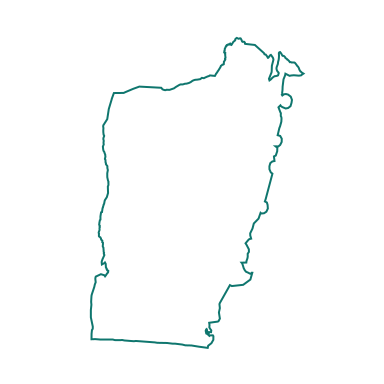 the district of Ada West, Greater Accra, Ghana, rotated 7°
{"feature_id": "2480657B39710750100206", "entity_name": "Ada West", "entity_type": "district", "adm_level": 2, "iso_a3": "GHA", "parent_name": "Ghana", "parent_adm1": "Greater Accra", "projection": "equal_earth", "projection_center": [0.418, 5.893], "detail": "fine", "context": "isolated", "style": "outline", "palette": "teal", "viewbox_px": 384, "rotation_deg": 7, "n_neighbors": 0, "source": "geoboundaries", "source_scale": "gbopen_adm2", "svg_char_len": 5901}
<svg xmlns="http://www.w3.org/2000/svg" viewBox="0 0 384 384"><g transform="rotate(7 192 192)"><path d="M288.2,60.9L286.1,59.9L285.5,59.3L284.9,59.1L283.6,57.4L283.1,56.2L282.0,54.7L280.7,53.7L280.4,53.2L278.6,51.4L277.9,51.0L274.9,51.3L274.2,51.0L273.3,51.2L272.3,50.1L270.8,49.0L270.3,48.9L270.1,48.5L269.6,48.2L268.5,47.7L268.1,47.0L267.7,46.6L266.8,45.9L266.0,45.7L265.3,45.8L264.6,45.0L263.7,43.7L263.0,43.0L262.4,42.4L262.0,42.5L261.6,42.8L261.3,43.4L261.4,44.4L261.7,45.8L261.9,48.3L261.9,50.2L261.6,52.4L261.6,54.5L260.8,57.8L260.8,59.1L261.0,59.9L261.6,61.2L262.3,62.0L263.1,62.7L263.6,63.4L263.2,65.7L262.7,66.1L260.9,66.8L260.1,66.9L259.0,67.7L257.8,68.9L256.6,70.6L255.3,71.8L254.6,70.3L255.9,65.3L256.2,64.3L256.4,63.2L256.3,61.4L255.9,57.0L256.7,50.8L256.4,49.8L255.9,48.8L254.2,46.9L253.6,46.3L253.1,46.6L252.6,47.2L252.0,48.4L251.3,49.5L251.0,49.6L250.7,49.3L250.2,48.4L248.4,46.6L247.2,46.5L246.9,46.1L246.6,45.5L246.4,45.3L236.5,38.4L226.9,38.5L226.5,38.4L226.4,38.1L226.3,37.3L226.1,37.1L225.6,36.6L225.2,36.5L223.9,36.8L223.4,36.5L222.7,35.2L221.8,33.9L221.5,33.6L220.9,33.6L220.6,33.8L219.7,34.2L219.4,34.2L217.7,33.6L216.6,34.6L216.3,35.3L216.4,36.0L216.2,36.4L214.7,38.0L213.3,41.1L213.1,41.3L212.8,41.2L212.6,41.1L212.2,40.3L211.8,40.0L210.7,41.3L210.0,41.0L209.2,41.8L208.6,41.9L208.5,42.1L208.5,42.9L208.4,43.1L207.9,43.2L207.3,45.4L207.1,45.7L207.2,47.3L207.0,47.5L206.9,48.4L207.0,48.9L206.9,49.5L207.1,49.7L207.4,49.4L207.6,49.4L207.8,49.8L208.1,49.9L208.1,50.3L207.9,50.8L208.0,51.1L208.3,51.7L208.3,52.3L208.9,54.6L208.9,54.8L208.6,55.2L208.5,55.5L208.5,55.8L208.9,56.4L208.8,56.9L208.5,57.2L208.1,58.4L207.8,58.8L207.9,59.9L207.9,60.9L208.0,61.2L207.7,61.6L206.6,61.9L206.3,62.4L205.3,63.3L205.0,64.6L203.4,68.1L202.9,69.0L202.7,69.2L202.5,70.0L201.8,71.2L201.6,71.4L200.6,74.0L195.6,74.1L194.6,74.9L193.4,75.4L190.9,76.9L189.9,77.6L187.9,77.5L186.4,79.0L183.3,79.9L182.1,80.1L180.8,80.5L179.0,81.5L177.3,83.1L175.6,84.2L173.4,85.1L171.8,85.4L170.1,86.2L169.0,86.5L167.9,86.5L166.6,87.1L163.2,89.7L161.5,91.3L157.4,93.3L157.0,93.4L154.4,93.6L153.5,94.1L152.2,94.2L150.2,93.7L148.8,92.3L126.9,93.8L121.0,96.8L113.7,101.0L112.1,102.0L102.4,103.3L101.0,109.4L101.0,109.8L99.3,119.8L99.0,130.0L95.9,136.5L95.8,137.4L95.9,138.0L96.3,139.4L96.4,141.3L96.7,143.5L97.3,146.0L97.8,146.5L98.0,147.0L97.9,147.7L97.6,148.6L97.5,149.5L97.6,150.5L98.1,151.7L98.2,152.5L98.1,153.2L98.2,153.5L98.2,154.2L98.5,155.1L98.6,155.5L98.0,157.8L98.7,160.7L99.2,162.0L100.1,163.0L100.5,164.0L101.4,165.7L101.5,166.6L101.8,167.6L101.5,169.5L101.6,170.0L101.9,170.2L102.2,170.8L102.6,173.1L102.8,173.6L103.1,173.9L103.2,174.9L104.1,175.9L104.7,176.4L105.0,177.4L105.0,178.3L105.8,180.5L105.6,183.7L106.1,187.6L107.3,191.1L107.7,191.7L107.9,192.3L107.8,193.1L108.0,193.6L108.1,194.4L108.2,195.2L108.0,196.1L107.8,196.8L108.8,203.2L108.1,207.5L106.6,210.6L106.4,211.3L106.2,214.5L105.8,215.3L105.8,216.1L105.5,217.4L105.5,218.1L105.4,218.5L105.2,218.8L105.1,222.9L104.3,223.2L104.2,223.7L104.1,227.4L104.5,230.6L104.3,230.9L104.0,231.2L103.8,234.3L103.9,234.8L103.8,235.4L103.9,235.9L104.6,236.7L104.6,236.9L104.4,237.2L104.5,237.6L104.7,237.8L104.8,238.1L104.6,238.6L104.6,239.3L104.9,240.9L104.4,243.0L104.3,243.5L104.5,244.3L104.8,244.7L104.8,245.7L105.0,247.2L105.5,247.7L106.6,248.2L107.1,249.0L107.3,249.2L107.5,250.0L107.8,250.5L108.3,250.8L108.5,250.9L108.9,251.2L109.0,251.6L109.0,252.7L109.8,253.2L110.0,255.1L110.0,256.6L110.2,257.2L110.8,257.9L111.5,261.3L111.6,262.1L112.1,263.0L111.9,263.5L112.1,263.8L112.1,264.3L112.6,265.0L112.7,265.3L111.4,269.5L110.9,271.7L110.9,272.7L111.4,274.9L113.9,273.1L114.2,272.6L115.1,273.8L115.5,276.0L115.7,277.2L116.0,277.4L116.4,278.6L116.8,278.7L117.3,280.0L117.5,280.2L118.2,280.2L118.5,280.4L118.5,281.9L118.2,282.5L117.7,283.1L116.5,285.5L116.0,286.3L115.1,285.3L111.6,284.7L106.8,287.7L106.6,288.9L106.6,289.5L106.7,290.3L107.4,293.3L106.8,295.7L106.6,298.0L106.1,300.6L105.0,306.1L104.9,307.3L105.1,310.8L105.3,313.4L105.9,316.2L106.0,321.5L106.9,328.8L109.9,337.6L110.1,339.2L110.1,339.7L109.9,340.6L109.5,341.2L109.6,345.0L110.2,350.4L114.0,349.8L119.2,349.6L131.5,348.1L133.4,348.4L138.8,347.8L140.7,347.4L143.0,347.6L152.5,347.2L154.4,346.7L173.3,345.8L176.0,345.9L185.6,344.9L191.0,344.9L193.6,344.6L200.9,344.6L204.1,345.0L210.1,344.4L217.8,344.7L226.6,344.8L226.8,342.6L229.7,339.7L231.2,336.1L230.8,332.5L230.1,331.7L227.2,332.2L226.8,332.7L225.5,331.7L224.1,330.9L223.4,330.7L222.5,328.1L222.8,326.7L223.2,326.3L223.8,327.2L223.8,328.3L225.9,329.9L225.9,329.0L228.0,328.8L228.0,327.0L226.6,325.5L225.7,324.2L225.6,322.0L225.0,319.7L233.3,317.5L234.0,317.1L235.1,314.3L233.4,308.3L233.8,303.9L232.9,299.9L233.2,298.7L241.0,279.8L243.0,280.5L254.1,277.9L260.6,271.8L261.7,264.8L261.3,264.8L261.0,265.5L260.6,265.5L259.9,266.0L259.3,265.9L257.2,265.1L255.4,264.6L254.0,263.3L252.6,261.3L251.6,259.0L250.6,256.9L249.8,256.1L254.5,255.4L254.5,253.8L255.1,251.1L255.2,249.5L254.8,246.5L255.8,244.5L255.4,241.9L252.5,237.7L251.4,236.4L253.8,232.7L254.6,231.8L256.4,231.1L255.1,228.0L254.8,225.9L256.5,220.9L257.2,215.7L261.3,210.3L262.6,204.3L263.5,204.9L266.1,204.3L268.2,202.5L269.3,199.2L268.6,195.6L267.6,193.3L265.5,192.5L266.0,190.0L269.6,164.0L267.8,162.9L266.1,160.0L265.7,157.0L266.2,153.8L268.0,151.9L270.1,151.2L269.0,146.7L270.7,145.6L271.6,141.2L271.3,137.7L269.4,136.5L272.2,136.2L273.8,134.5L274.9,131.4L274.6,128.2L272.7,125.6L270.1,125.2L270.9,117.9L271.4,116.1L272.1,111.4L271.9,108.3L271.6,106.9L270.9,105.8L270.7,104.4L270.6,102.9L270.1,102.3L267.5,97.4L269.2,95.2L269.9,96.0L271.3,96.7L274.8,97.7L277.2,96.9L279.3,94.8L279.9,91.4L280.0,88.4L278.4,85.3L275.5,83.6L273.3,83.3L271.4,83.8L269.9,85.2L269.3,84.5L269.7,83.8L269.4,82.6L269.4,79.8L269.1,76.3L269.1,69.0L270.2,64.9L270.3,63.2L274.7,64.8L276.1,64.3L278.8,63.7L284.0,63.5L286.1,62.9L287.0,61.9L288.2,60.9Z" fill="none" stroke="#0f766e" stroke-width="2"/></g></svg>